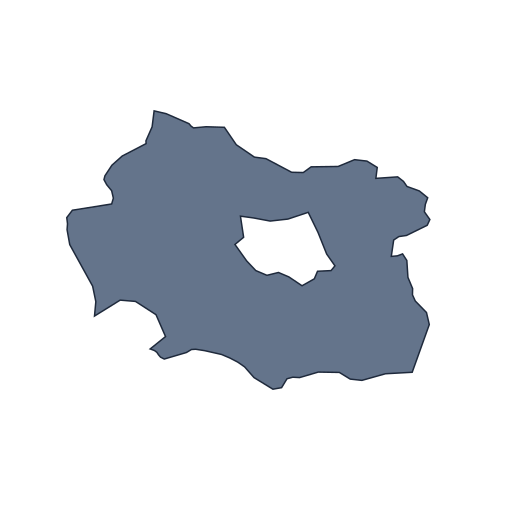 the border of Fejér, rotated 113°
{"feature_id": "HUN-3162", "entity_name": "Fejér", "entity_type": "County", "adm_level": 1, "iso_a3": "HUN", "parent_name": "Hungary", "parent_adm1": "", "projection": "mercator", "projection_center": [18.516, 47.132], "detail": "fine", "context": "isolated", "style": "filled", "palette": "slate", "viewbox_px": 512, "rotation_deg": 113, "n_neighbors": 0, "source": "natural_earth", "source_scale": "10m", "svg_char_len": 1497}
<svg xmlns="http://www.w3.org/2000/svg" viewBox="0 0 512 512"><g transform="rotate(113 256 256)"><path d="M149.9,335.4L161.3,317.6L165.6,296.1L162.5,284.9L165.0,255.9L160.7,245.1L152.4,240.1L141.5,215.4L128.8,202.9L125.3,191.0L127.1,179.0L137.7,176.0L127.8,156.5L129.7,149.4L133.0,144.2L132.3,131.1L135.3,120.7L142.3,120.3L149.5,118.3L154.5,110.2L160.8,110.4L178.3,125.5L182.3,132.1L187.5,135.5L203.5,131.3L200.6,125.9L196.8,121.9L201.2,115.4L216.3,107.8L224.8,99.1L230.6,96.8L235.2,91.8L241.4,77.0L251.4,69.7L302.0,66.8L313.8,90.8L329.1,109.9L332.5,121.2L330.6,133.8L338.5,153.3L342.2,157.8L350.9,168.4L353.2,174.8L356.9,179.5L367.2,181.0L372.0,188.4L368.7,210.3L362.5,223.2L360.8,231.4L360.1,240.5L360.1,249.2L363.2,266.3L365.4,275.1L367.3,278.9L372.0,282.3L386.7,300.2L386.4,304.4L385.0,307.2L383.4,309.6L382.7,312.5L382.9,317.1L365.5,307.8L349.1,325.1L344.9,349.2L349.7,363.8L374.4,381.2L360.6,385.6L347.6,394.6L318.3,431.9L305.6,440.2L300.0,442.1L294.6,445.2L285.6,442.9L264.5,409.2L258.5,409.9L252.3,414.4L248.7,421.3L245.1,425.8L241.2,426.4L228.7,424.1L216.2,418.2L195.5,401.1L193.0,402.3L177.7,402.1L162.2,406.5L160.1,394.2L160.4,369.3L161.8,366.6L162.5,363.6L156.5,352.4L149.9,335.4ZM246.0,193.4L240.1,181.2L234.2,179.5L226.6,191.7L210.1,208.1L195.4,225.0L209.5,241.0L218.3,256.6L221.9,273.0L225.4,285.9L243.6,274.7L253.6,279.9L264.2,262.6L269.5,250.5L269.5,238.4L262.4,228.9L262.4,217.6L265.4,202.0L254.2,193.4L246.0,193.4Z" fill="#64748b" stroke="#1e293b" stroke-width="1.5"/></g></svg>